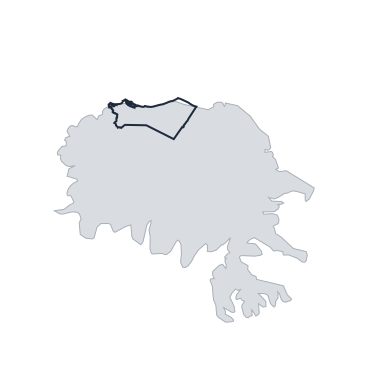 location of Sveitarfélagið Hornafjörðu, Austurland, Iceland, rotated 209°
{"feature_id": "244011B97448762640394", "entity_name": "Sveitarfélagið Hornafjörðu", "entity_type": "district", "adm_level": 2, "iso_a3": "ISL", "parent_name": "Iceland", "parent_adm1": "Austurland", "projection": "albers", "projection_center": [-15.406, 64.234], "detail": "fine", "context": "in_parent", "style": "outline", "palette": "slate", "viewbox_px": 384, "rotation_deg": 209, "n_neighbors": 0, "source": "geoboundaries", "source_scale": "gbopen_adm2", "svg_char_len": 8631}
<svg xmlns="http://www.w3.org/2000/svg" viewBox="0 0 384 384"><g transform="rotate(209 192 192)"><path d="M279.9,118.3L282.7,118.5L287.4,116.4L294.1,110.2L296.9,108.8L303.3,108.8L295.5,114.8L292.7,121.4L290.5,124.6L290.5,126.0L296.1,130.0L298.8,128.6L299.9,129.1L301.0,131.0L301.8,134.7L301.3,138.6L299.8,142.5L297.6,145.7L297.9,146.8L299.7,147.3L308.9,145.2L310.0,149.9L310.9,151.5L310.6,153.1L307.0,158.3L311.3,155.0L314.7,154.0L320.7,155.5L323.1,157.3L324.6,160.5L327.5,159.4L328.9,161.3L329.0,163.2L327.8,168.7L324.4,171.5L326.6,175.4L328.4,175.4L328.7,176.3L328.6,178.6L325.9,181.4L330.5,184.4L331.1,185.5L330.9,189.0L330.2,191.0L328.9,192.2L325.6,192.5L323.7,193.8L324.4,195.9L323.9,201.8L321.4,206.7L319.0,209.3L316.7,211.0L310.1,209.3L310.4,213.5L308.1,216.1L308.6,218.2L309.4,219.3L309.0,222.0L306.1,227.8L304.0,229.6L299.7,231.9L293.6,237.1L287.3,237.1L271.9,244.4L265.7,248.4L254.6,260.3L249.9,263.3L241.9,264.6L217.7,271.8L214.8,276.4L214.6,277.4L215.6,279.2L213.7,282.5L209.9,284.8L208.2,284.7L205.3,282.5L204.9,283.5L206.0,286.0L193.9,289.6L177.6,286.5L163.5,279.7L152.2,277.7L144.7,269.0L144.6,267.7L145.7,265.4L148.6,264.6L147.5,262.0L142.3,265.9L140.7,265.6L138.8,263.7L138.8,262.0L134.9,261.0L128.4,255.3L128.0,254.1L129.8,252.5L129.5,252.2L125.7,252.1L119.8,256.3L87.1,254.8L86.3,252.1L86.0,242.8L87.6,239.0L88.9,239.5L92.1,245.2L101.0,243.2L104.8,241.6L108.5,236.9L110.5,235.5L113.8,229.3L116.8,225.7L122.4,224.4L117.7,222.7L109.1,227.1L106.4,226.8L107.9,224.7L110.9,222.5L109.0,222.1L108.4,220.9L108.6,218.5L110.4,214.8L120.5,208.9L118.5,207.4L111.4,211.9L106.4,213.2L102.8,210.4L101.3,207.0L101.6,205.7L104.3,201.8L104.0,201.0L102.5,200.4L98.7,196.2L92.1,195.8L76.0,191.7L63.1,195.3L60.5,192.5L58.7,187.0L59.5,185.1L61.8,184.2L67.8,185.1L76.9,183.8L81.3,181.3L82.7,182.3L83.3,183.8L89.0,182.2L92.1,179.9L96.9,181.7L115.3,182.3L118.0,179.0L119.4,175.0L119.0,174.1L111.9,177.2L110.4,177.0L102.9,174.1L100.4,171.5L101.5,169.8L106.0,166.3L117.1,160.8L118.7,159.6L119.0,158.0L115.2,154.8L107.3,154.7L105.7,151.2L99.5,148.5L95.1,149.2L93.1,146.9L66.5,154.3L58.9,148.3L53.2,146.7L52.9,145.1L56.9,140.9L59.4,140.4L61.7,141.2L65.7,145.0L68.6,146.4L65.4,141.2L65.8,136.6L64.8,135.3L64.0,132.1L64.7,131.1L69.2,132.4L75.8,138.6L79.6,138.2L84.7,135.4L74.4,132.2L71.8,127.6L74.3,125.7L79.7,126.7L74.6,118.8L74.5,117.5L75.9,114.5L83.1,118.2L79.7,113.5L79.7,112.5L80.9,111.9L81.8,109.4L83.8,108.6L87.5,109.9L92.7,115.6L93.4,117.0L93.1,122.0L95.5,121.5L98.1,122.6L100.8,119.4L102.3,120.4L103.2,123.6L102.3,130.2L104.2,128.1L106.9,128.2L108.0,122.8L107.9,118.3L99.6,112.3L96.5,108.2L97.0,107.0L98.9,106.1L108.3,106.2L104.6,103.6L103.8,101.3L96.7,101.3L93.3,100.0L93.3,98.9L94.9,97.4L99.6,94.4L107.7,95.1L110.8,96.4L116.3,104.6L121.0,108.2L128.4,119.3L133.5,123.7L133.6,124.7L132.6,125.8L130.4,127.0L133.4,129.1L135.2,131.9L135.2,133.1L132.6,141.1L130.3,143.6L125.4,141.6L126.3,144.3L129.7,147.5L130.4,149.1L129.7,150.6L131.5,150.3L131.9,151.2L130.7,155.8L129.6,157.4L132.6,158.6L134.5,161.2L136.2,170.8L138.2,163.7L139.2,161.1L140.5,160.2L142.6,153.0L146.4,148.9L149.8,147.5L152.6,152.9L155.0,153.6L158.2,144.7L159.0,138.1L158.8,130.7L159.7,125.5L161.5,122.5L163.7,121.7L168.0,125.1L171.2,132.7L176.4,141.0L180.2,143.3L181.0,143.1L181.8,140.5L181.9,130.0L184.1,124.6L188.9,123.5L196.2,118.8L197.9,118.7L201.2,121.9L206.9,132.7L211.1,137.8L213.1,145.7L214.1,147.2L215.2,144.8L215.5,141.3L210.8,125.0L210.8,122.8L211.4,121.0L221.1,122.3L223.2,124.2L229.6,133.6L233.0,130.0L239.9,119.3L242.2,119.7L247.6,124.2L249.9,123.9L256.5,120.1L258.0,115.0L255.4,104.6L256.6,102.5L262.6,100.1L269.1,100.6L275.7,110.3L276.0,114.8L279.9,118.3Z" fill="#d9dde1" stroke="#a8b0b8" stroke-width="1"/><path d="M233.6,229.4L232.6,239.2L232.1,243.2L232.2,243.5L232.1,243.8L231.7,243.7L231.4,244.1L231.2,244.2L231.2,244.3L231.2,244.6L231.0,244.9L231.3,245.1L231.4,245.6L231.5,245.9L231.3,246.2L231.5,246.4L231.5,246.8L231.3,247.3L231.3,247.5L231.2,247.7L231.2,248.0L231.2,248.4L231.0,248.7L231.0,248.9L231.0,249.9L230.9,250.1L230.9,250.4L230.8,251.2L230.5,251.8L230.5,252.2L230.6,254.6L229.6,268.8L231.5,268.3L233.6,268.1L236.6,268.2L238.6,268.5L239.5,268.4L246.4,267.9L249.8,267.4L249.9,267.1L249.8,266.8L250.7,265.7L251.2,264.8L251.8,264.0L252.4,263.1L253.0,262.4L255.3,260.4L258.7,256.1L259.8,255.0L260.0,254.6L262.2,252.9L262.4,252.6L262.6,252.5L267.7,247.6L268.5,247.0L269.5,246.3L271.8,245.4L271.9,245.2L273.8,244.7L274.8,244.5L275.0,244.3L275.3,243.5L275.7,243.0L276.2,242.7L278.1,242.0L281.4,241.4L281.4,241.2L281.7,241.0L282.7,240.8L286.1,240.8L288.6,241.0L289.0,241.2L289.0,241.3L289.2,241.2L288.9,241.1L288.5,240.8L288.3,240.5L288.1,240.4L287.9,240.6L287.5,240.7L285.1,240.4L284.9,240.5L284.8,240.4L284.5,240.2L284.4,240.1L284.2,240.3L284.3,240.5L283.9,240.5L283.9,240.3L283.6,240.3L283.5,240.5L283.3,240.5L282.9,239.2L283.1,238.9L283.4,239.1L283.5,238.8L283.7,238.7L283.8,238.5L284.0,238.7L283.9,238.5L284.1,238.4L283.9,238.3L283.9,238.0L283.8,237.9L284.0,237.9L284.3,237.5L286.0,237.4L286.2,237.6L286.8,237.7L287.0,238.0L287.0,238.3L287.4,238.3L287.5,238.2L287.2,237.3L287.4,237.2L287.6,237.5L287.8,237.6L287.7,237.2L287.8,237.2L287.9,237.4L287.9,237.6L287.7,237.9L287.7,238.0L288.0,237.9L288.1,238.0L288.1,237.8L288.4,237.6L288.8,237.2L288.7,237.1L288.9,237.1L288.6,237.5L288.4,237.9L288.6,238.1L288.6,238.3L288.5,238.5L288.4,238.8L288.6,238.9L288.3,239.1L288.4,239.3L288.4,239.6L288.4,240.0L288.6,240.0L288.5,240.3L288.5,240.5L289.0,240.1L288.7,240.0L288.8,239.9L289.0,240.0L289.0,239.9L289.0,239.6L288.9,239.7L288.7,239.6L288.8,239.5L288.8,239.4L289.0,239.3L289.0,239.5L289.3,239.4L289.1,239.3L289.2,239.2L289.3,239.1L289.4,239.3L289.5,239.1L289.4,239.0L289.4,238.9L289.2,238.7L288.8,238.4L288.9,238.2L289.2,238.0L289.4,238.2L289.4,238.3L289.5,238.3L289.7,238.0L289.9,238.0L289.7,238.4L289.9,238.3L290.0,238.5L289.9,238.5L290.1,238.5L290.4,238.5L290.4,238.3L290.5,238.5L290.4,238.7L290.7,238.3L290.8,238.3L290.9,238.2L291.0,238.2L290.9,238.0L291.0,237.8L291.0,237.7L291.1,237.4L291.9,237.5L292.7,238.0L293.1,238.4L293.2,238.5L293.4,238.8L293.5,238.9L293.9,239.6L293.6,239.7L293.6,239.8L293.4,239.7L293.1,239.9L293.3,240.1L293.2,240.2L291.9,240.1L291.5,240.2L291.3,240.1L290.5,240.3L289.9,240.5L289.5,240.5L289.0,240.8L289.0,241.0L289.4,240.8L289.6,240.8L289.7,241.0L289.9,240.8L291.0,240.5L293.4,240.6L293.5,240.7L293.9,240.6L294.1,240.7L294.3,240.6L294.5,240.7L295.2,240.6L295.3,240.3L295.0,240.2L294.9,240.1L294.9,239.8L295.1,239.5L295.5,239.2L295.7,239.3L295.8,239.3L295.8,239.2L295.8,238.8L295.9,238.7L296.0,238.3L296.3,238.1L296.5,238.0L296.8,237.9L296.6,237.5L296.7,237.1L296.8,237.1L296.7,237.1L296.3,236.3L296.4,235.9L296.6,235.4L297.1,234.8L298.1,233.8L300.1,232.5L300.3,232.4L300.2,232.2L300.5,232.0L300.4,231.9L300.3,231.7L300.5,231.7L301.0,231.1L301.2,230.8L301.6,230.8L301.6,230.6L301.5,230.4L301.6,230.2L301.7,229.9L301.8,229.8L301.8,229.7L301.6,229.6L301.7,229.2L302.2,228.9L302.3,228.9L302.4,229.1L302.7,229.1L302.8,229.3L303.3,229.0L303.7,229.0L303.9,228.9L304.2,229.1L304.8,229.4L305.4,229.9L305.8,230.0L306.0,230.2L304.5,230.4L303.1,230.7L301.7,231.3L300.7,231.8L300.4,232.3L300.3,232.5L300.7,232.0L301.2,231.7L302.9,231.0L305.5,230.4L306.1,230.3L306.2,230.5L306.3,230.5L306.6,229.9L306.5,229.6L306.4,229.5L306.5,229.3L306.9,228.7L307.4,228.3L307.4,228.2L307.1,227.7L306.4,227.7L306.3,227.3L305.8,227.1L305.7,227.0L305.8,226.9L305.9,226.6L305.5,226.4L305.4,225.8L304.7,226.1L304.5,226.5L304.4,226.9L303.9,226.9L303.0,226.6L302.9,226.4L302.8,225.9L302.3,225.7L301.7,225.8L301.2,225.5L301.2,225.3L300.5,225.1L300.5,224.9L300.5,224.6L300.3,224.5L300.3,224.1L300.3,223.8L300.0,223.3L299.4,223.4L298.8,223.2L298.2,223.6L297.2,223.3L296.9,223.4L296.9,223.6L296.4,223.5L296.0,223.7L295.6,223.6L295.0,223.7L294.9,223.6L294.9,223.4L294.8,223.2L294.7,222.8L294.5,222.6L294.4,222.0L293.9,221.5L293.9,221.2L293.6,220.7L293.6,220.1L293.9,219.9L292.5,217.4L292.5,217.1L292.7,216.7L293.2,215.9L293.3,215.3L293.4,215.1L293.4,214.7L292.8,214.8L291.7,214.5L291.1,214.1L290.7,213.3L288.9,212.9L288.1,212.3L287.3,213.3L286.2,213.4L286.2,213.7L286.1,213.8L285.4,214.0L284.9,213.9L283.6,217.4L283.0,218.3L264.3,228.2L233.6,229.4ZM284.0,240.1L284.2,239.8L284.1,239.6L283.9,239.8L283.8,240.1L284.0,240.1ZM283.8,239.7L284.0,239.6L284.1,239.4L283.8,239.5L283.8,239.7ZM283.5,240.1L283.6,239.8L283.4,239.7L283.3,239.9L283.5,240.1ZM289.1,240.6L288.7,240.5L288.8,240.6L288.7,240.6L288.9,240.8L289.1,240.6ZM289.5,240.0L289.2,239.8L289.2,240.0L289.3,240.0L289.2,240.2L289.5,240.1L289.5,240.0ZM283.5,239.6L283.5,239.4L283.2,239.6L283.5,239.6ZM283.7,240.2L283.4,240.2L283.3,240.3L283.7,240.2Z" fill="none" stroke="#1e293b" stroke-width="2"/></g></svg>